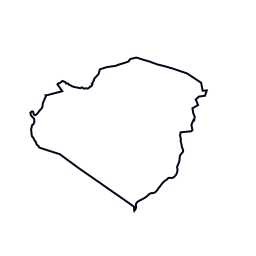 Cuyamecalco Villa de Zaragoza, Oaxaca, Mexico (orthographic projection), rotated 149°
{"feature_id": "50627088B17451896307206", "entity_name": "Cuyamecalco Villa de Zaragoza", "entity_type": "district", "adm_level": 2, "iso_a3": "MEX", "parent_name": "Mexico", "parent_adm1": "Oaxaca", "projection": "orthographic", "projection_center": [-96.852, 17.969], "detail": "fine", "context": "isolated", "style": "outline", "palette": "ink", "viewbox_px": 256, "rotation_deg": 149, "n_neighbors": 0, "source": "geoboundaries", "source_scale": "gbopen_adm2", "svg_char_len": 3052}
<svg xmlns="http://www.w3.org/2000/svg" viewBox="0 0 256 256"><g transform="rotate(149 128 128)"><path d="M121.8,192.8L125.5,189.4L130.9,187.8L131.7,187.5L132.3,186.7L135.1,185.0L136.2,184.5L136.0,183.8L137.6,182.8L138.3,182.6L139.0,183.0L140.1,182.6L142.2,182.6L144.3,184.1L145.5,184.4L146.6,186.6L148.5,186.7L150.1,188.3L152.7,190.6L154.3,192.4L155.4,194.4L156.3,195.4L156.5,197.1L158.1,198.0L158.1,199.5L159.9,202.1L163.6,201.6L164.6,202.1L165.3,202.2L166.0,201.8L165.4,193.4L181.1,198.0L181.8,198.5L182.3,197.3L183.8,196.4L184.7,195.6L185.8,194.9L186.8,194.1L188.0,193.3L189.0,192.1L189.7,191.2L190.4,190.4L190.5,190.2L192.2,189.1L193.3,189.0L194.4,188.5L195.7,188.2L196.5,187.8L197.3,187.4L198.9,186.9L199.9,186.7L201.2,187.0L201.7,188.2L201.5,189.2L201.2,189.9L201.0,190.7L201.3,191.4L202.1,191.7L203.8,191.4L204.2,190.5L204.3,189.7L204.7,188.9L204.4,187.6L204.2,186.5L203.9,185.2L203.8,184.3L204.3,182.9L204.9,182.0L205.1,181.4L206.2,180.6L207.5,179.8L208.6,179.9L209.4,179.2L209.8,178.8L210.3,178.2L211.0,177.5L212.1,176.2L212.9,174.3L213.6,172.8L214.6,170.5L214.4,169.1L214.2,168.2L214.3,167.4L214.5,166.7L214.4,166.0L214.4,164.7L214.4,163.8L214.2,162.9L214.6,162.1L214.8,160.8L214.6,160.1L214.0,158.6L214.2,157.2L212.8,155.3L199.9,140.6L197.9,135.7L190.8,118.7L186.8,109.8L185.6,107.1L185.1,106.1L184.4,104.6L183.6,102.7L183.4,102.3L182.1,99.3L180.8,96.6L178.3,90.9L177.5,89.1L176.1,85.9L175.9,85.5L172.5,78.0L171.8,76.4L170.5,73.5L170.3,73.0L168.6,69.3L165.1,61.3L163.4,57.6L164.3,55.7L164.9,54.7L165.2,53.8L163.5,54.5L161.8,55.9L161.4,56.9L160.9,58.0L160.3,58.7L159.4,59.3L158.2,59.8L155.8,59.9L154.1,59.7L151.4,59.6L150.1,59.5L148.3,59.6L147.0,59.8L145.7,60.0L144.8,60.2L144.5,60.3L142.8,60.4L141.9,60.2L141.3,60.1L140.2,59.4L139.8,59.3L139.2,59.1L137.8,58.9L137.5,59.0L136.4,59.2L135.8,59.4L134.7,59.8L133.7,60.3L132.7,60.7L131.9,61.0L130.1,61.7L129.4,62.0L128.7,62.3L126.4,63.1L124.2,63.7L123.0,63.7L121.4,63.8L119.9,64.2L118.8,64.3L117.9,63.8L116.8,63.0L116.0,62.5L114.6,62.2L112.9,62.5L111.4,63.0L110.4,63.4L109.5,64.1L108.7,64.8L108.0,65.5L107.2,66.5L106.7,67.5L106.3,68.6L105.9,69.5L104.6,70.4L103.5,71.2L102.7,71.7L101.1,73.2L100.5,73.9L99.8,74.8L98.9,76.0L98.1,77.1L96.7,78.1L94.9,78.7L93.4,79.2L92.9,79.5L92.6,79.9L92.1,80.9L91.9,82.2L91.7,83.2L91.6,84.1L91.1,85.0L90.6,86.4L90.2,87.6L89.7,89.3L89.2,90.4L88.3,91.2L87.9,92.8L87.1,95.0L85.1,97.2L84.7,97.0L82.7,96.1L80.9,95.2L75.6,92.7L73.9,92.9L72.0,98.1L67.8,101.1L67.3,100.5L65.0,103.4L65.0,103.8L64.5,106.6L64.3,107.5L62.6,111.7L56.7,111.6L56.1,111.6L55.7,114.3L55.3,117.5L51.0,118.4L49.2,117.6L45.4,116.0L41.2,119.6L44.8,121.5L42.0,129.1L49.2,144.2L59.1,156.0L60.0,157.0L60.5,157.3L61.8,158.9L63.4,160.6L64.2,161.5L64.3,161.6L65.2,162.5L70.2,167.5L72.6,170.5L73.9,172.0L74.3,172.6L75.4,174.0L76.3,174.9L77.8,176.5L79.1,177.9L80.5,179.5L82.7,182.0L83.0,182.5L83.4,182.8L84.7,184.1L88.7,185.4L89.2,185.6L90.1,185.8L90.9,185.8L92.1,185.4L93.2,184.7L97.9,185.7L102.8,187.0L106.8,187.7L107.0,187.8L114.3,190.9L121.8,192.8Z" fill="none" stroke="#020617" stroke-width="2"/></g></svg>